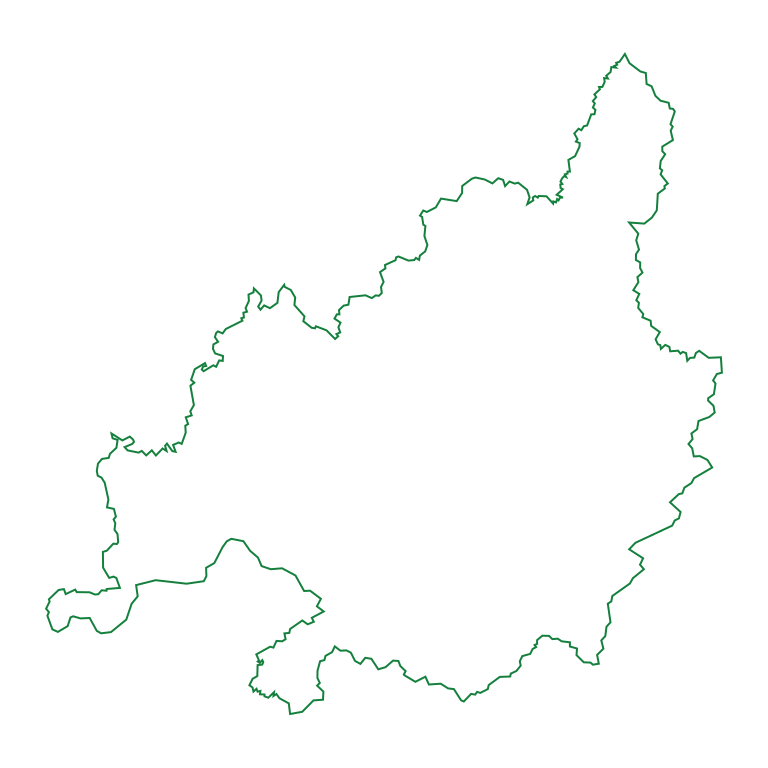 Medio Baudó(boca De Pepé), Chocó, Colombia
{"feature_id": "7082276B42421945632945", "entity_name": "Medio Baudó(boca De Pepé)", "entity_type": "district", "adm_level": 2, "iso_a3": "COL", "parent_name": "Colombia", "parent_adm1": "Chocó", "projection": "mercator", "projection_center": [-77.017, 5.148], "detail": "fine", "context": "isolated", "style": "outline", "palette": "green", "viewbox_px": 768, "rotation_deg": 0, "n_neighbors": 0, "source": "geoboundaries", "source_scale": "gbopen_adm2", "svg_char_len": 6080}
<svg xmlns="http://www.w3.org/2000/svg" viewBox="0 0 768 768"><path d="M651.9,217.6L656.8,210.3L657.8,193.7L664.8,188.5L664.4,186.1L667.8,183.5L660.6,174.4L662.2,170.3L659.9,168.4L660.7,161.0L665.2,154.2L662.3,151.2L662.3,146.6L672.9,140.1L670.7,130.7L672.7,126.6L670.5,124.2L674.8,111.5L673.1,108.9L669.8,108.5L668.7,102.8L660.5,100.7L655.4,95.8L651.6,86.3L646.6,84.0L645.8,73.0L640.4,71.5L629.5,63.2L624.9,54.0L619.5,61.8L616.2,62.8L617.2,64.7L614.2,66.0L615.9,67.6L611.3,67.1L610.6,72.0L606.2,75.8L607.9,78.5L604.1,78.1L604.7,81.8L602.4,86.9L599.0,87.0L599.9,89.3L594.4,94.4L596.2,97.1L592.8,101.1L594.8,103.5L592.9,107.5L595.4,109.8L594.5,114.2L591.2,114.4L587.1,125.5L583.9,126.2L581.3,130.2L578.6,128.7L574.3,133.5L577.5,139.2L575.9,141.6L579.7,143.0L579.5,146.7L575.1,156.1L568.4,159.9L569.9,171.6L567.5,171.6L567.5,173.6L564.9,174.3L566.1,177.0L564.3,176.0L562.1,178.3L560.5,181.6L562.3,184.0L560.3,184.5L560.6,188.0L562.8,189.2L556.7,194.8L563.0,197.6L560.0,197.6L558.5,200.4L557.1,199.1L556.0,202.4L553.4,201.4L553.1,203.6L546.5,196.3L538.6,196.0L537.8,197.6L535.1,196.0L532.8,197.5L533.3,200.4L527.3,204.2L529.6,197.4L527.0,189.8L518.2,182.7L514.8,183.6L509.4,181.5L505.1,186.1L503.1,179.9L498.3,178.2L492.4,183.4L484.8,179.5L475.4,177.5L471.9,178.7L462.2,186.0L462.1,193.0L456.7,201.1L441.0,198.6L435.8,207.4L426.8,212.0L423.3,210.5L420.0,215.6L422.1,216.9L423.3,224.6L425.4,226.0L424.4,236.0L427.4,245.0L425.2,251.4L419.9,255.6L419.1,259.9L415.9,257.9L414.3,260.0L408.5,260.6L398.5,256.5L396.2,257.3L395.5,260.2L385.0,265.0L385.4,268.4L380.0,272.1L383.6,281.9L381.0,287.0L381.8,293.0L378.9,295.8L375.7,295.4L371.8,298.1L365.5,295.3L349.6,297.0L348.4,304.7L343.7,305.6L339.0,310.1L339.4,314.3L336.9,314.3L334.5,318.6L340.5,322.6L338.4,327.3L340.2,332.4L336.4,334.1L338.2,336.2L335.1,339.0L326.5,330.3L315.9,326.3L315.0,328.3L311.7,327.8L303.3,321.2L304.5,316.4L294.4,305.0L295.2,297.5L290.8,290.0L284.7,286.9L284.2,284.8L278.7,292.1L277.4,302.9L269.9,308.2L264.2,305.4L260.5,309.7L258.2,306.6L261.6,300.5L260.9,295.4L253.9,288.4L253.5,292.3L248.5,294.6L248.9,300.9L245.6,308.1L247.0,311.7L243.4,312.7L243.9,317.5L241.3,318.3L242.4,320.7L225.8,329.0L222.6,333.4L217.9,331.4L216.1,333.1L214.9,337.2L218.1,341.8L213.4,344.4L213.0,348.9L215.1,353.4L223.0,356.0L222.7,360.9L219.2,360.4L216.1,366.8L213.3,365.3L203.6,371.2L201.8,369.5L203.1,366.5L206.1,366.0L205.0,363.1L194.8,369.2L191.1,379.9L194.3,382.7L190.4,385.7L193.9,405.1L190.3,411.3L191.7,415.4L185.8,417.3L188.1,424.1L185.3,425.7L185.7,432.7L181.7,443.9L178.8,442.5L173.1,444.9L175.6,451.8L172.3,451.1L167.0,443.6L165.1,445.8L166.6,451.0L162.6,448.5L155.9,455.5L151.8,450.3L146.2,455.4L141.7,450.9L138.6,452.6L127.6,450.4L124.6,447.1L132.3,443.9L134.0,441.9L133.0,439.5L129.8,436.6L122.4,440.4L111.5,433.5L112.6,438.3L117.6,439.9L116.4,447.8L110.0,453.8L108.7,457.9L102.0,458.9L98.0,463.6L96.8,470.8L97.7,475.7L101.5,477.6L104.7,482.7L108.4,499.5L107.0,507.4L113.9,508.9L115.9,516.7L113.6,519.4L115.3,523.2L114.5,529.8L117.5,534.0L118.2,542.2L116.9,544.0L113.3,543.7L106.8,550.7L102.9,551.9L103.1,567.7L109.2,577.9L113.5,576.6L116.3,577.9L119.9,587.9L106.7,589.0L106.5,590.7L101.6,590.3L98.3,594.2L94.9,594.5L89.6,592.3L76.7,592.1L75.2,589.6L65.7,594.1L63.9,589.1L58.6,590.0L48.9,599.3L49.6,601.6L46.1,608.7L48.9,612.1L47.4,615.7L52.4,629.4L57.9,631.9L67.7,626.1L70.5,617.4L73.2,616.3L80.5,618.4L89.7,618.0L96.8,630.9L101.2,633.3L111.0,632.1L126.3,619.6L131.6,603.8L137.7,596.3L136.1,585.1L155.6,580.2L186.6,583.7L203.8,581.2L206.4,576.1L206.1,567.8L214.3,563.1L222.6,547.1L226.8,541.3L231.3,538.8L243.4,541.2L250.1,550.8L258.0,557.6L261.6,566.1L270.8,569.2L282.1,568.3L295.5,575.5L304.1,591.0L310.1,590.7L320.9,598.8L316.9,606.3L323.7,611.5L311.8,617.8L313.8,621.8L307.7,624.3L302.3,620.5L290.1,629.0L289.3,632.9L284.4,633.4L285.6,639.2L282.2,641.3L276.5,640.9L273.4,647.6L270.2,646.7L256.3,654.4L259.1,660.7L257.8,661.5L259.8,662.9L262.3,660.1L263.3,662.1L262.2,664.6L257.6,665.1L257.3,676.1L252.6,678.8L249.4,685.3L252.5,687.4L253.5,691.6L256.5,688.8L257.6,691.7L260.4,690.9L260.0,694.3L264.5,694.5L264.5,696.3L268.3,697.7L274.0,692.2L273.5,696.0L276.4,694.0L279.4,698.2L288.8,703.4L290.1,714.0L302.2,711.8L313.5,700.4L323.0,699.7L323.4,691.6L317.1,685.6L319.8,683.0L317.4,677.9L317.5,670.8L320.1,661.2L324.4,660.1L325.5,655.9L332.1,652.1L334.8,646.4L340.4,650.7L346.5,650.4L350.9,652.7L355.0,660.9L360.4,663.9L365.3,657.8L371.4,658.8L378.3,669.3L385.5,667.2L393.1,660.6L398.4,661.0L400.3,666.0L405.6,671.1L403.8,674.6L405.0,675.6L415.4,681.8L425.4,676.7L428.9,684.5L440.7,683.7L448.1,688.4L453.9,689.1L461.1,700.3L463.8,701.5L471.1,693.9L475.2,694.6L477.1,691.9L480.3,692.9L487.8,689.1L488.7,685.1L499.8,676.9L510.2,676.5L510.8,673.6L516.4,671.0L520.7,665.6L519.8,661.3L522.3,656.1L530.2,653.9L532.6,649.0L536.1,647.1L534.6,645.0L537.1,643.9L537.1,640.1L542.3,635.7L549.1,635.9L552.3,639.1L557.8,638.7L561.6,641.3L569.9,642.3L569.9,646.5L577.0,648.5L576.5,655.1L583.8,662.3L590.6,662.6L592.9,664.7L598.8,663.7L597.1,654.9L603.4,648.7L601.3,640.4L605.3,636.1L606.5,626.7L610.5,622.3L607.8,603.7L611.3,601.4L612.3,596.0L629.9,583.5L632.9,578.2L643.9,569.2L640.0,564.7L643.1,558.3L629.2,549.3L635.4,542.8L672.2,525.6L674.7,520.5L678.9,518.4L680.6,512.0L670.0,502.3L678.8,494.1L682.3,493.4L684.4,487.6L691.4,483.1L694.1,478.1L712.2,467.5L707.4,459.9L699.9,456.1L693.8,456.4L692.2,448.3L688.5,444.0L692.6,439.0L691.4,433.5L697.1,429.2L698.5,421.0L709.3,417.0L714.7,412.5L713.5,405.8L708.1,400.6L708.2,398.2L713.9,394.2L715.5,383.5L713.1,380.4L716.9,374.0L721.9,372.7L720.9,357.3L708.7,357.8L699.2,350.8L695.9,353.0L694.3,357.6L690.0,357.9L687.3,360.8L686.1,353.1L682.7,351.9L680.5,353.7L678.1,350.7L670.2,351.3L669.4,346.9L665.3,344.9L660.9,348.9L660.3,345.1L657.9,344.3L655.6,339.3L659.8,332.1L651.2,325.9L650.6,320.7L642.4,317.3L643.3,314.1L638.2,307.9L638.9,302.8L636.3,300.2L639.3,293.9L633.3,290.2L638.4,282.2L637.4,277.1L642.5,272.6L640.1,268.1L640.2,262.4L635.9,260.0L636.0,254.2L639.0,249.6L636.2,240.3L638.3,233.7L629.1,222.5L644.3,223.6L651.9,217.6Z" fill="none" stroke="#15803d" stroke-width="2"/></svg>